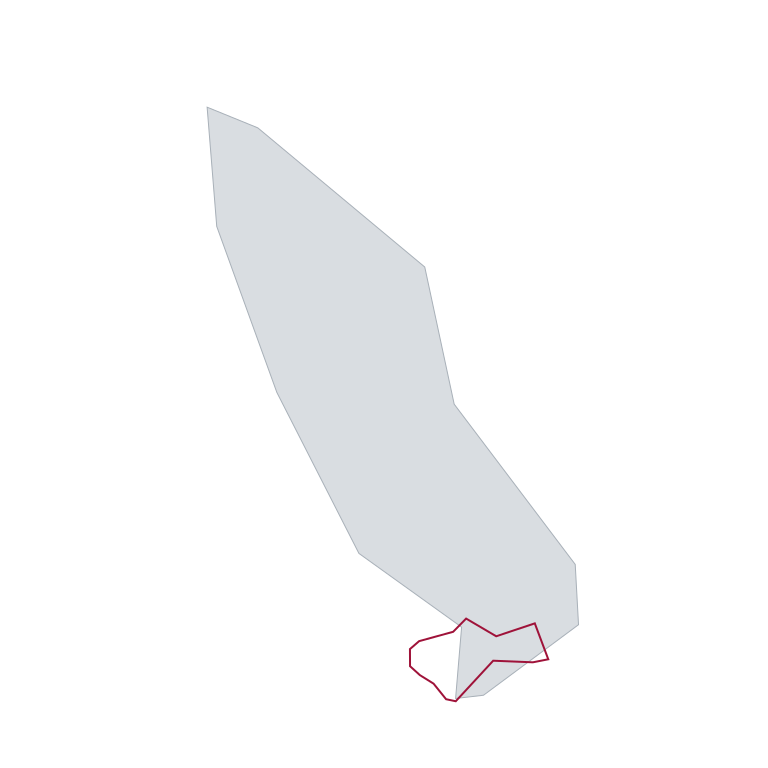 Al Manāmah on a map of Bahrain (Natural Earth projection), rotated 156°
{"feature_id": "BHR-4929", "entity_name": "Al Manāmah", "entity_type": "Governorate", "adm_level": 1, "iso_a3": "BHR", "parent_name": "Bahrain", "parent_adm1": "", "projection": "natural_earth1", "projection_center": [50.561, 26.218], "detail": "fine", "context": "in_parent", "style": "outline", "palette": "rose", "viewbox_px": 768, "rotation_deg": 156, "n_neighbors": 0, "source": "natural_earth", "source_scale": "10m", "svg_char_len": 577}
<svg xmlns="http://www.w3.org/2000/svg" viewBox="0 0 768 768"><g transform="rotate(156 384 384)"><path d="M472.7,596.0L433.0,708.8L395.1,669.3L299.2,474.3L328.1,337.0L282.7,141.4L304.2,85.0L419.7,59.2L446.5,67.6L412.0,130.3L475.8,239.4L485.3,419.9L472.7,596.0Z" fill="#d9dde1" stroke="#a8b0b8" stroke-width="1"/><path d="M345.9,65.7L361.2,69.2L380.8,78.9L396.8,86.8L447.5,65.0L455.5,70.8L460.6,90.1L469.6,103.4L472.3,109.5L475.0,115.6L468.1,131.3L456.5,134.8L421.6,129.5L404.4,136.3L384.1,107.9L343.6,104.0L345.9,65.7Z" fill="none" stroke="#9f1239" stroke-width="2"/></g></svg>